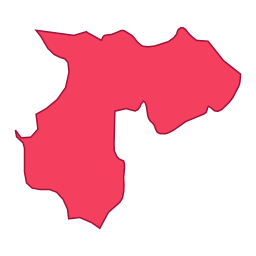 Durrës, Mercator projection
{"feature_id": "ALB-1494", "entity_name": "Durrës", "entity_type": "County", "adm_level": 1, "iso_a3": "ALB", "parent_name": "Albania", "parent_adm1": "", "projection": "mercator", "projection_center": [19.648, 41.417], "detail": "fine", "context": "isolated", "style": "filled", "palette": "rose", "viewbox_px": 256, "rotation_deg": 0, "n_neighbors": 0, "source": "natural_earth", "source_scale": "10m", "svg_char_len": 1407}
<svg xmlns="http://www.w3.org/2000/svg" viewBox="0 0 256 256"><path d="M68.7,218.8L67.6,209.4L63.1,199.3L56.6,192.2L49.6,189.5L40.1,189.5L32.1,188.0L26.5,182.9L24.5,171.9L24.5,148.0L23.0,142.8L16.6,136.8L15.4,130.1L21.1,137.8L30.8,137.2L37.9,129.2L36.1,114.3L46.4,108.5L57.1,99.6L65.6,87.6L69.0,72.2L68.0,62.5L64.9,58.9L60.2,57.4L54.2,54.5L47.9,48.4L40.9,36.5L36.1,30.3L74.0,35.4L86.3,31.7L87.6,32.7L101.4,40.3L103.0,36.8L103.8,35.9L105.3,35.2L111.9,34.4L121.6,30.4L124.1,30.6L131.5,35.2L133.4,36.9L137.1,41.7L139.5,44.0L142.6,46.2L148.1,46.8L154.9,46.0L168.5,41.6L173.9,37.6L176.7,34.0L177.3,31.7L178.3,29.5L180.9,27.7L183.1,27.8L185.4,29.3L189.3,34.2L193.4,38.0L196.6,40.4L208.0,41.2L223.5,60.6L240.6,74.2L240.1,80.4L239.6,83.7L238.4,86.8L232.7,97.8L229.2,102.3L221.7,109.6L217.9,111.3L214.5,110.8L210.3,107.2L208.4,106.4L207.4,108.1L207.0,110.3L206.0,112.6L203.9,114.0L186.0,121.4L173.3,130.3L168.8,132.6L165.0,133.8L159.8,133.6L157.2,132.2L155.4,128.6L154.4,125.6L153.3,123.9L152.1,122.6L150.1,120.9L148.6,118.2L147.8,115.5L146.3,105.8L145.1,102.5L143.4,101.1L141.1,103.9L139.9,107.0L137.8,109.7L135.1,111.0L126.2,108.6L114.9,111.2L114.0,144.1L114.3,150.9L116.8,156.6L119.2,159.0L123.5,160.9L124.4,163.5L124.5,167.9L123.6,177.8L124.0,185.0L123.7,191.8L122.4,198.1L119.7,202.4L108.4,212.3L99.8,228.3L91.6,222.6L79.7,217.5L68.9,218.8L68.7,218.8Z" fill="#f43f5e" stroke="#9f1239" stroke-width="1.5"/></svg>